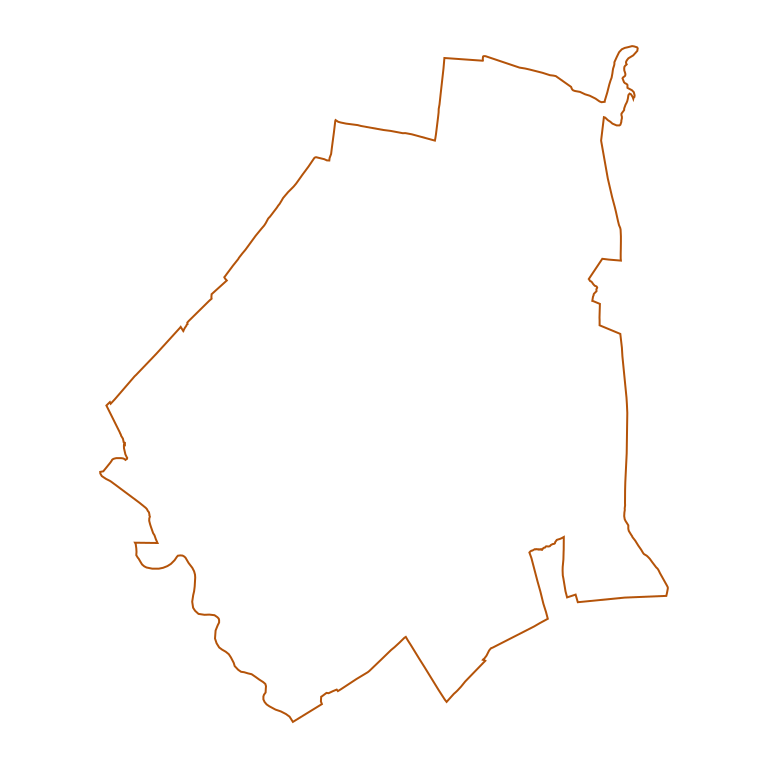 the district of Podoleni, Neamt, Romania
{"feature_id": "2599482B76653311270288", "entity_name": "Podoleni", "entity_type": "district", "adm_level": 2, "iso_a3": "ROU", "parent_name": "Romania", "parent_adm1": "Neamt", "projection": "orthographic", "projection_center": [26.635, 46.808], "detail": "fine", "context": "isolated", "style": "outline", "palette": "amber", "viewbox_px": 768, "rotation_deg": 0, "n_neighbors": 0, "source": "geoboundaries", "source_scale": "gbopen_adm2", "svg_char_len": 6046}
<svg xmlns="http://www.w3.org/2000/svg" viewBox="0 0 768 768"><path d="M292.9,721.9L321.9,704.1L320.9,701.4L321.2,696.7L322.1,696.2L326.5,692.9L328.6,693.2L333.0,691.1L336.7,689.6L337.9,691.1L341.0,689.2L356.5,679.0L367.8,672.2L369.3,671.0L381.3,659.5L391.1,650.0L394.5,647.2L399.6,642.5L404.4,637.8L405.8,636.9L407.9,640.5L410.8,645.0L419.4,659.0L424.7,667.4L438.6,690.0L444.8,699.6L446.6,701.9L453.9,693.8L455.5,692.4L457.3,690.7L461.0,686.7L465.2,681.5L483.4,662.7L485.3,660.8L484.4,660.2L482.9,659.8L483.2,659.4L484.2,658.7L486.5,655.7L489.0,650.7L489.8,649.6L491.2,648.1L492.3,647.8L534.2,626.4L540.2,622.9L547.8,618.8L546.0,612.0L543.4,603.8L540.4,591.6L537.5,581.3L531.4,558.0L529.4,552.5L530.3,551.5L531.4,550.7L532.3,550.6L534.8,549.2L535.2,549.2L535.5,549.4L536.3,549.1L537.1,549.4L537.7,549.2L538.1,549.2L538.5,549.6L538.8,549.6L539.3,549.3L539.6,549.3L540.0,549.6L540.5,549.2L540.8,549.2L541.6,549.8L542.1,549.8L542.4,548.8L543.3,548.5L543.5,548.0L543.8,547.8L545.1,547.5L545.8,546.5L546.5,546.3L548.5,546.5L549.8,546.2L550.9,545.0L552.6,544.1L553.8,543.9L554.4,543.7L554.9,543.3L555.2,542.1L556.8,539.9L558.0,539.5L559.7,539.0L561.6,538.2L563.8,537.0L563.7,549.6L563.6,551.9L563.4,559.5L562.7,566.9L562.6,570.5L562.8,575.5L563.4,578.5L565.5,591.3L567.1,597.4L575.6,594.6L577.8,602.2L624.7,597.6L666.3,595.9L667.0,592.9L667.8,588.6L667.8,587.6L667.7,587.1L667.0,585.7L660.0,573.2L658.8,570.7L658.0,569.3L657.3,568.4L656.2,567.4L652.1,562.0L649.8,558.8L647.9,556.8L646.7,555.7L644.0,554.1L643.1,553.0L641.1,549.6L638.3,545.6L635.2,540.6L632.6,537.3L632.2,536.6L632.2,536.3L631.1,534.7L628.8,530.9L628.3,528.8L628.3,525.3L625.5,520.9L624.7,519.2L624.2,516.1L624.4,512.5L624.8,510.0L624.7,508.4L625.1,505.2L625.0,503.2L625.1,489.9L625.3,482.2L626.7,453.2L627.3,412.9L626.9,404.1L626.5,397.7L622.4,356.2L621.9,347.7L620.3,333.9L599.6,325.3L599.6,320.4L599.5,317.6L599.9,303.9L593.4,301.2L592.3,300.9L593.0,296.7L593.6,295.3L593.7,294.3L594.0,293.7L596.5,291.2L596.4,289.2L597.2,287.7L596.7,286.6L595.6,286.0L594.8,285.8L593.2,284.1L592.0,282.3L591.2,281.5L590.2,281.1L589.5,280.2L589.2,279.4L588.8,279.0L602.3,258.8L608.9,259.6L620.9,260.6L620.7,258.4L620.7,253.5L620.8,248.9L620.9,241.5L620.9,236.3L620.6,229.7L620.2,227.9L619.0,225.1L618.0,221.1L615.9,211.6L614.8,207.1L612.1,197.0L607.8,178.5L601.1,140.6L603.9,117.2L605.2,117.6L607.8,120.1L610.4,121.8L612.4,123.6L616.6,125.4L619.5,125.4L620.4,124.7L621.3,122.0L621.4,120.4L621.9,118.3L621.9,116.8L621.4,114.9L621.5,113.6L624.1,110.1L624.2,108.4L625.6,104.5L626.3,103.3L627.2,101.3L627.9,98.5L628.4,95.1L629.6,93.6L631.0,94.3L632.6,96.9L633.3,98.8L633.6,97.6L634.4,97.0L634.6,95.3L633.8,92.2L631.9,90.2L627.5,87.9L627.4,87.0L627.5,85.6L627.3,84.6L626.3,83.8L625.0,83.2L624.0,82.2L622.5,78.3L623.1,77.4L624.3,76.5L625.1,75.8L625.3,75.1L625.4,74.1L625.0,72.5L624.3,70.5L624.2,68.4L624.4,66.9L625.1,65.8L626.7,64.4L626.1,63.3L626.0,62.1L626.7,60.5L628.4,58.3L633.2,55.4L637.3,50.9L637.7,48.3L637.0,47.3L634.1,46.4L632.1,46.1L627.9,47.2L624.8,47.9L621.8,49.3L619.1,52.2L616.8,56.9L614.4,62.2L614.4,64.0L614.1,65.5L613.1,68.6L612.8,70.4L612.4,73.4L611.6,77.7L610.6,80.3L609.3,84.5L608.0,89.6L607.3,92.4L604.8,100.7L604.7,101.8L601.5,102.2L599.5,101.4L595.5,98.6L589.7,95.7L585.1,94.3L580.0,91.9L575.0,91.0L573.3,90.4L572.6,89.9L571.8,88.8L571.1,86.9L555.8,76.1L553.4,75.6L550.0,75.2L542.5,72.8L529.5,69.5L525.1,68.5L519.5,67.6L485.6,56.2L483.9,56.1L483.1,56.5L482.8,58.3L482.9,60.6L482.6,60.7L444.4,58.0L443.5,68.4L440.6,94.3L439.5,104.5L438.7,109.0L438.6,112.4L438.1,116.9L436.0,134.0L435.4,138.0L434.9,140.6L411.8,134.3L405.3,133.1L402.8,133.2L390.6,130.9L383.5,130.0L361.1,126.0L357.7,125.1L346.0,123.6L340.7,122.5L338.2,121.8L335.6,120.1L335.3,120.8L333.9,132.5L332.0,146.8L331.1,154.0L329.6,158.0L329.3,160.5L326.9,160.4L324.3,159.2L316.1,157.2L315.2,157.4L314.3,158.0L308.4,166.7L302.6,174.5L296.2,183.5L293.7,186.5L288.0,192.2L283.1,198.0L281.6,200.6L279.6,203.9L278.2,205.6L276.9,207.6L269.8,216.9L269.0,217.6L268.1,218.7L265.7,223.2L264.2,225.5L261.1,229.1L255.7,235.7L245.4,249.8L242.2,253.6L239.0,257.7L238.2,259.1L233.0,265.6L227.7,272.7L225.2,276.1L224.3,277.2L225.0,278.5L226.8,280.5L211.6,294.2L211.4,297.2L211.6,298.7L209.4,300.6L188.8,320.9L187.3,322.6L187.5,324.1L187.2,324.2L186.6,325.0L186.3,325.8L184.9,327.8L183.6,330.2L183.5,330.8L183.3,331.1L180.7,326.9L179.9,327.9L156.4,353.7L136.0,375.0L134.6,376.3L114.7,399.4L110.7,403.7L109.9,402.1L106.4,405.5L119.9,432.6L120.2,433.6L120.7,434.2L121.2,435.9L122.9,438.6L123.4,440.8L123.6,442.1L124.9,442.8L124.9,445.0L124.0,444.6L123.9,446.0L124.0,448.3L125.4,454.4L126.7,457.1L127.2,457.9L127.0,458.8L126.7,459.1L126.3,459.2L125.5,459.9L124.5,459.1L123.8,458.7L123.0,458.4L120.9,458.1L116.4,458.1L115.1,458.4L113.4,458.9L112.2,459.7L111.8,460.5L110.5,462.4L103.3,471.3L100.2,471.9L100.3,473.5L101.8,476.1L106.0,478.9L109.8,480.8L111.2,481.7L139.4,502.7L145.7,507.8L146.9,509.1L147.8,510.9L148.7,512.0L149.0,512.5L149.5,515.1L149.4,515.4L149.9,516.7L149.3,518.3L149.2,520.8L150.1,524.3L150.8,526.5L153.1,533.1L154.5,535.3L155.8,539.1L157.5,543.0L135.0,542.7L135.7,544.0L136.3,548.3L136.5,551.8L136.3,555.2L137.8,557.7L138.6,558.6L140.8,562.4L142.1,564.5L144.2,566.3L146.5,567.5L152.4,568.7L158.7,568.7L163.1,567.8L167.4,566.1L170.9,563.9L174.6,560.2L176.9,556.8L177.9,555.7L180.4,555.4L182.6,555.6L184.2,556.5L185.5,557.7L188.6,563.0L192.3,567.8L194.1,571.3L195.0,574.6L195.2,577.5L194.7,586.4L194.1,591.3L193.2,595.1L192.2,601.7L193.1,607.7L194.1,609.3L195.2,610.9L198.5,613.9L204.5,614.8L209.3,614.6L214.5,615.2L217.4,617.2L218.7,618.6L219.1,620.1L219.1,622.5L217.7,625.3L215.6,630.5L215.0,638.5L216.6,643.3L219.2,647.5L222.2,649.7L225.7,651.7L228.8,654.2L230.9,657.4L233.7,662.8L234.7,666.1L238.2,669.8L241.1,671.8L244.1,672.2L248.1,673.4L251.6,674.2L255.7,677.0L259.3,679.6L263.2,682.1L265.3,683.9L266.0,686.2L265.8,688.6L265.6,692.5L264.0,694.7L263.4,696.5L263.4,699.4L264.6,702.0L266.6,704.4L269.2,706.2L275.5,709.6L280.8,711.4L285.9,714.0L289.6,716.7L292.9,721.9Z" fill="none" stroke="#b45309" stroke-width="2"/></svg>